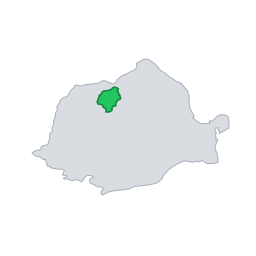 Bistrita-Nasaud highlighted on a map of Romania, rotated 343°
{"feature_id": "ROU-295", "entity_name": "Bistrita-Nasaud", "entity_type": "County", "adm_level": 1, "iso_a3": "ROU", "parent_name": "Romania", "parent_adm1": "", "projection": "natural_earth1", "projection_center": [24.568, 47.164], "detail": "fine", "context": "in_parent", "style": "filled", "palette": "green", "viewbox_px": 256, "rotation_deg": 343, "n_neighbors": 0, "source": "natural_earth", "source_scale": "10m", "svg_char_len": 4863}
<svg xmlns="http://www.w3.org/2000/svg" viewBox="0 0 256 256"><g transform="rotate(343 128 128)"><path d="M195.7,141.5L198.0,144.2L200.8,145.7L207.3,147.3L207.9,147.1L208.0,146.8L207.5,146.4L207.4,145.9L207.7,145.2L208.6,145.2L210.1,145.8L212.9,145.0L216.9,142.8L220.7,142.3L224.2,143.6L226.0,145.1L227.1,146.6L226.8,148.3L226.6,149.4L225.8,154.0L225.2,155.7L224.3,157.7L213.6,159.9L214.3,158.8L214.0,156.9L213.5,155.5L214.5,154.2L212.0,153.7L211.0,154.4L210.2,155.7L211.0,158.5L209.8,160.2L209.4,161.0L209.4,163.2L208.7,164.1L208.6,165.1L210.3,164.8L209.6,166.7L206.4,170.2L205.3,172.3L205.7,180.6L204.4,185.6L204.3,187.1L200.8,187.1L199.8,187.0L196.6,186.2L192.9,184.9L190.7,182.3L189.4,180.5L186.3,181.3L185.7,181.1L184.8,180.2L182.5,179.6L179.6,179.6L173.2,176.3L172.5,175.7L167.4,176.3L159.9,177.9L154.1,180.0L148.1,183.6L145.7,186.4L142.9,187.9L138.9,189.0L131.8,188.6L124.4,187.2L116.4,185.7L112.1,186.5L106.2,185.9L97.4,184.1L90.9,183.5L84.4,184.6L83.3,183.8L83.1,182.9L83.4,181.6L84.3,180.5L85.8,179.7L86.7,178.9L86.8,178.1L85.0,176.8L81.4,175.0L80.0,173.8L79.6,173.5L79.5,172.5L78.8,171.7L77.4,171.1L76.3,170.1L75.6,168.5L75.7,167.1L76.8,165.7L78.2,165.2L79.9,165.3L80.6,165.0L80.4,164.0L78.7,162.8L75.7,161.3L72.6,162.1L69.4,165.2L67.1,165.7L65.8,163.6L63.3,162.4L59.7,162.0L57.5,161.2L56.7,160.0L55.2,159.1L51.8,158.1L51.7,157.2L52.3,156.9L53.5,156.9L55.2,156.7L55.4,156.1L55.5,155.6L54.2,155.0L52.9,154.6L52.2,154.2L51.8,153.7L51.7,153.2L52.1,152.9L52.6,152.9L53.1,152.6L53.4,151.5L54.1,150.6L54.6,150.2L54.6,149.5L54.1,148.9L53.4,148.4L52.4,148.0L49.1,147.1L47.5,145.7L46.5,145.7L44.9,144.9L43.2,143.8L41.7,142.1L40.1,141.0L39.7,140.6L39.7,140.2L40.0,139.7L40.0,139.2L39.6,137.6L39.9,135.9L39.9,134.3L39.8,133.5L39.5,133.3L39.3,133.6L38.9,133.9L38.5,133.9L37.3,132.7L35.8,130.4L34.8,129.6L32.9,128.5L31.2,127.5L30.1,125.5L28.9,124.0L29.7,123.4L34.4,122.5L36.6,123.3L37.6,123.0L38.6,122.3L39.2,121.7L39.3,121.1L39.7,120.4L41.4,120.0L45.6,120.5L47.3,119.4L48.0,118.8L48.4,117.5L48.8,116.5L50.3,115.9L50.3,115.0L50.1,114.0L51.0,111.7L51.6,110.8L52.4,110.4L53.5,109.7L55.3,108.2L54.9,106.9L55.3,105.9L57.2,103.6L58.6,101.3L58.6,100.2L58.8,99.2L60.1,98.1L61.4,96.7L63.2,92.3L63.9,91.6L65.0,90.8L65.9,89.9L66.0,87.0L66.8,86.2L68.3,85.3L69.9,83.8L71.1,82.0L72.1,81.2L73.4,80.9L74.7,80.2L76.3,80.0L77.7,80.3L78.7,80.1L80.1,79.3L83.8,76.0L84.3,75.4L85.0,74.9L88.0,73.8L88.7,72.7L89.7,71.7L91.0,71.7L95.3,74.2L99.8,74.1L100.7,74.2L100.9,74.2L101.5,74.4L107.6,75.7L108.5,75.5L108.8,75.4L111.2,76.4L113.4,76.3L115.4,75.6L117.5,75.4L119.5,75.8L121.0,77.2L124.9,80.3L126.0,81.4L127.8,81.2L129.8,80.7L131.7,78.6L137.8,76.3L142.5,75.8L147.0,74.8L152.3,74.2L153.8,72.3L154.6,71.0L155.2,68.6L158.0,67.9L160.7,67.4L161.6,67.1L163.6,67.0L165.1,67.2L167.5,68.4L169.1,69.9L169.8,71.1L171.2,72.7L172.7,75.0L174.4,78.1L174.8,79.7L175.4,81.4L176.7,83.5L179.0,85.8L179.4,86.2L180.4,87.8L182.5,91.4L184.2,92.8L185.8,94.4L186.5,95.9L187.6,97.4L190.1,99.2L192.2,101.0L193.9,105.9L195.0,108.2L195.8,109.9L195.5,113.4L196.0,114.9L195.1,117.7L193.5,123.2L193.1,127.6L193.5,130.0L193.5,131.5L194.0,132.5L194.4,134.5L194.5,136.3L193.9,136.8L193.1,137.2L192.8,137.5L193.6,138.3L194.6,139.8L195.7,141.5Z" fill="#d9dde1" stroke="#a8b0b8" stroke-width="1"/><path d="M111.5,106.1L112.0,105.3L112.1,104.9L112.3,103.8L112.4,103.5L112.4,103.0L112.3,102.7L111.9,102.3L111.2,102.0L111.0,101.8L110.8,101.6L110.8,101.3L110.8,101.1L110.9,100.9L110.8,100.7L110.5,100.5L110.3,100.3L110.3,99.9L110.4,99.6L110.5,99.2L110.5,98.9L110.4,98.6L110.1,98.2L109.8,98.0L109.3,97.8L109.1,97.7L108.7,97.3L108.4,97.2L107.2,96.9L106.9,96.7L106.7,96.5L106.5,96.3L106.4,95.9L106.2,94.5L106.1,94.2L106.2,93.9L106.3,93.6L107.0,93.1L107.2,92.9L107.4,92.6L107.6,91.8L108.4,91.1L109.7,89.5L109.9,89.3L109.9,89.0L110.0,88.6L110.0,88.4L110.4,88.2L112.2,87.9L112.6,87.6L112.8,87.4L113.2,86.6L113.4,86.4L113.6,86.2L115.1,85.6L115.4,85.5L119.3,86.3L123.2,86.2L123.7,86.1L124.0,85.9L124.9,85.2L125.6,85.0L127.3,85.0L127.6,85.2L129.2,86.4L129.7,86.9L130.0,87.3L130.1,87.6L130.1,87.9L130.0,88.3L129.7,88.5L129.2,88.8L129.0,89.0L129.3,89.4L129.3,89.6L129.3,89.8L129.2,89.9L128.9,89.9L128.7,89.9L128.4,90.0L128.3,90.4L128.5,90.6L128.9,91.1L129.1,91.3L129.3,91.8L129.4,92.0L129.4,92.3L129.3,92.8L129.0,93.2L128.9,93.6L128.8,93.8L129.1,94.1L129.3,94.2L129.5,94.2L129.8,94.2L129.8,94.3L129.8,94.7L129.7,95.0L129.6,95.8L129.7,97.7L128.1,98.2L126.7,98.4L126.2,98.6L125.5,99.0L124.4,99.8L124.3,100.0L124.0,100.7L123.9,100.8L123.4,101.5L123.2,101.9L123.1,102.2L122.9,103.0L122.5,103.3L122.2,103.2L121.8,103.1L121.2,102.8L120.9,102.7L120.7,102.6L120.1,102.8L119.6,103.2L119.1,103.7L118.9,104.0L118.7,104.5L118.2,105.1L118.1,105.3L118.0,105.6L118.0,105.9L117.9,106.2L117.8,106.4L117.5,106.5L117.1,106.7L116.4,106.8L115.4,107.1L115.1,107.1L114.6,107.1L113.3,106.8L111.5,106.1Z" fill="#22c55e" stroke="#15803d" stroke-width="1.5"/></g></svg>